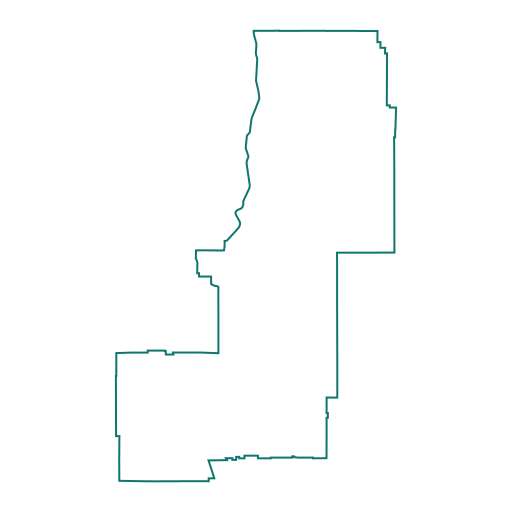 outline of Chittering, Western Australia, Australia
{"feature_id": "25037944B8066772871928", "entity_name": "Chittering", "entity_type": "district", "adm_level": 2, "iso_a3": "AUS", "parent_name": "Australia", "parent_adm1": "Western Australia", "projection": "albers", "projection_center": [116.041, -31.358], "detail": "fine", "context": "isolated", "style": "outline", "palette": "teal", "viewbox_px": 512, "rotation_deg": 0, "n_neighbors": 0, "source": "geoboundaries", "source_scale": "gbopen_adm2", "svg_char_len": 5232}
<svg xmlns="http://www.w3.org/2000/svg" viewBox="0 0 512 512"><path d="M253.7,30.9L253.7,32.2L253.8,33.1L253.8,33.5L253.8,33.8L254.0,34.5L254.1,35.2L254.5,36.7L255.1,38.8L256.1,42.7L256.2,43.1L256.3,43.5L256.3,44.0L256.4,44.4L256.4,45.2L256.3,45.8L256.3,46.4L256.2,48.4L256.0,50.7L255.9,52.7L255.9,53.2L255.9,53.8L256.0,54.1L256.1,54.7L256.3,55.3L256.4,55.9L256.8,57.2L257.0,58.0L257.1,58.4L257.2,58.7L257.2,59.0L257.2,59.5L257.2,59.9L257.1,61.5L256.7,68.4L256.7,69.2L256.1,79.7L256.0,80.3L256.1,80.8L256.1,81.2L256.2,81.6L256.8,84.0L257.0,85.0L257.7,87.9L258.2,89.9L258.3,90.6L258.4,91.1L258.7,93.1L259.0,95.3L259.2,97.2L259.3,97.6L259.3,97.9L259.3,98.2L259.2,98.6L259.2,98.9L259.1,99.3L259.0,99.6L258.9,100.0L258.0,102.3L256.7,105.5L256.5,106.0L255.8,108.0L252.0,117.4L251.8,118.1L251.6,118.8L251.5,119.1L251.4,119.5L251.4,119.9L250.7,125.1L249.9,131.7L249.8,132.0L249.7,132.4L249.5,132.7L249.3,133.0L249.1,133.3L247.7,134.7L247.2,135.3L247.0,135.7L246.9,136.1L246.8,136.5L246.5,139.9L245.8,147.0L245.8,147.3L245.8,147.6L245.8,147.9L245.8,148.3L245.9,148.6L246.0,148.9L246.0,149.2L246.1,149.5L246.6,150.7L248.2,155.7L248.3,155.9L248.3,156.1L248.3,156.4L248.3,156.7L248.3,157.1L248.2,157.5L247.3,159.7L247.2,160.0L247.0,160.4L246.9,160.8L246.8,161.1L246.8,161.5L246.7,161.9L246.7,162.3L246.6,162.7L246.6,163.1L246.6,163.5L246.7,163.9L246.7,164.3L247.5,169.6L247.9,172.7L248.9,179.3L249.6,184.1L249.7,184.5L249.7,184.9L249.7,185.3L249.7,185.7L249.7,186.1L249.7,186.6L249.6,187.0L249.5,187.4L249.4,187.8L249.3,188.1L249.2,188.5L249.0,188.9L246.8,193.6L246.0,195.5L245.4,196.6L243.6,200.6L243.5,200.8L243.4,201.0L243.3,201.5L243.2,201.9L243.2,202.4L243.3,202.6L243.3,203.2L243.3,203.5L243.3,203.8L243.3,204.0L243.3,204.3L243.2,204.6L243.2,204.9L243.1,205.2L242.5,206.8L242.3,207.2L242.1,207.6L241.8,207.9L241.5,208.2L241.2,208.4L241.0,208.5L239.9,209.0L238.7,209.5L238.4,209.6L237.9,209.9L237.6,210.0L237.1,210.4L236.7,210.7L236.4,211.0L236.1,211.3L236.0,211.5L235.9,211.7L235.8,211.9L235.7,212.1L235.6,212.5L235.5,213.0L235.5,213.3L235.5,213.6L235.6,214.0L235.8,214.4L235.9,214.6L236.7,216.1L237.1,216.8L237.9,218.3L239.4,221.1L239.6,221.4L239.7,221.6L239.8,221.9L239.9,222.1L239.9,222.4L240.0,222.7L240.0,223.0L240.1,223.8L240.0,224.3L239.9,224.7L239.7,225.5L239.6,225.8L239.5,226.1L239.4,226.4L239.3,226.8L239.1,227.0L238.9,227.3L238.7,227.6L238.5,227.9L237.3,229.2L236.3,230.4L234.5,232.4L232.7,234.3L227.4,240.1L227.1,240.4L226.8,240.6L226.4,240.7L226.1,240.9L225.7,240.9L225.3,241.0L224.9,240.9L224.6,240.9L224.6,246.2L224.0,250.4L223.9,250.4L220.0,250.5L214.2,250.4L198.1,250.3L197.9,250.4L196.0,250.4L196.0,252.2L195.8,258.6L196.2,258.9L197.4,262.6L197.2,273.2L199.0,273.2L199.0,276.5L211.1,276.5L211.1,284.0L212.7,284.9L213.9,285.6L214.8,285.7L215.0,285.8L215.3,286.0L215.7,286.0L215.9,286.1L216.2,286.0L216.3,286.0L217.0,286.2L217.3,286.3L217.6,286.4L218.1,286.7L218.3,286.9L218.4,287.0L218.3,295.9L218.4,309.5L218.4,326.8L218.4,353.2L217.3,353.2L215.8,353.1L214.1,353.0L212.7,353.0L211.2,352.9L210.2,352.9L208.8,352.9L207.2,352.8L202.6,352.6L200.4,352.5L199.0,352.5L198.3,352.5L198.2,352.5L196.8,352.5L196.0,352.5L194.4,352.5L192.8,352.5L191.1,352.5L190.0,352.5L189.1,352.5L186.8,352.5L185.4,352.5L182.9,352.5L181.4,352.5L181.0,352.5L177.9,352.5L176.9,352.5L176.1,352.5L175.1,352.5L174.5,352.5L174.3,352.5L172.9,352.5L173.4,354.5L173.2,354.5L167.3,354.5L165.8,354.5L165.8,351.1L164.8,351.1L164.8,350.6L156.4,350.6L154.7,350.6L151.6,350.6L147.7,350.6L147.7,352.6L139.2,352.6L131.1,352.6L116.3,353.1L116.3,375.9L115.9,375.9L116.0,411.4L116.0,417.2L116.1,436.1L119.4,436.1L119.3,443.8L119.3,444.0L119.3,444.4L119.3,444.5L119.3,452.0L119.2,458.1L119.2,458.3L119.3,475.6L119.3,480.8L129.4,481.0L134.4,481.1L136.3,481.1L140.1,481.2L140.5,481.2L151.5,481.3L159.0,481.3L190.1,481.2L193.2,481.2L197.3,481.2L201.1,481.2L202.3,481.2L208.7,481.2L208.7,478.3L213.8,478.3L214.3,478.3L214.2,477.9L208.5,460.4L208.9,460.4L216.9,460.3L226.7,460.1L227.0,460.1L225.9,458.2L226.0,458.2L232.4,458.2L232.4,458.3L232.3,459.9L236.1,459.9L236.1,459.1L236.2,457.6L236.2,456.9L239.2,456.9L239.2,458.3L244.5,458.3L244.5,455.7L246.8,455.7L257.9,455.7L257.9,458.3L263.6,458.3L270.7,458.3L270.7,457.6L285.5,457.6L292.1,457.6L292.3,456.3L294.0,456.4L293.9,457.1L294.4,457.2L295.5,457.3L296.8,457.5L297.5,457.6L313.0,457.6L313.0,458.3L326.5,458.2L326.6,438.0L326.6,436.5L326.6,431.5L326.6,430.8L326.6,425.6L326.6,423.2L326.6,417.8L327.8,417.8L327.9,413.2L326.6,413.2L326.6,407.2L326.6,397.5L333.4,397.6L337.3,397.6L337.3,382.7L337.3,377.9L337.3,373.7L337.3,368.4L337.2,335.0L337.1,302.0L337.1,277.0L337.1,262.9L337.0,252.7L343.9,252.7L354.2,252.7L369.1,252.7L382.3,252.6L394.4,252.6L394.4,243.9L394.3,190.0L394.3,170.5L394.2,149.4L394.1,137.3L395.1,137.3L395.2,129.5L395.4,129.5L396.1,107.6L389.8,107.5L389.8,105.4L386.8,105.4L386.9,87.9L387.0,53.4L385.0,53.5L385.2,47.8L380.4,47.8L380.5,42.1L377.4,42.1L377.5,31.0L376.3,31.0L373.3,31.0L362.8,31.0L362.7,31.0L356.1,30.9L352.6,30.9L350.2,30.9L347.9,30.9L340.7,30.9L336.9,30.9L335.0,30.9L332.6,30.9L327.4,30.9L326.7,31.0L326.5,30.9L326.4,30.8L316.5,30.8L311.8,30.8L305.5,30.8L292.9,30.9L279.0,30.9L279.0,30.7L275.2,30.7L275.1,30.8L254.0,30.8L253.7,30.9Z" fill="none" stroke="#0f766e" stroke-width="2"/></svg>